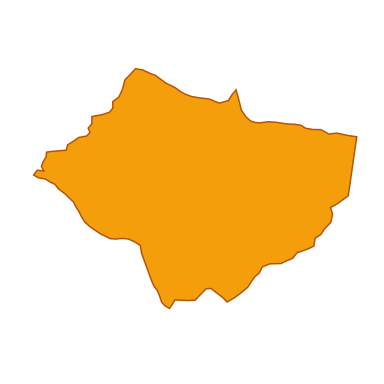 the district of Nossa Senhora das Graças, Paraná, Brazil, rotated 95°
{"feature_id": "56859067B74231100015306", "entity_name": "Nossa Senhora das Graças", "entity_type": "district", "adm_level": 2, "iso_a3": "BRA", "parent_name": "Brazil", "parent_adm1": "Paraná", "projection": "natural_earth1", "projection_center": [-51.797, -22.919], "detail": "fine", "context": "isolated", "style": "filled", "palette": "amber", "viewbox_px": 384, "rotation_deg": 95, "n_neighbors": 0, "source": "geoboundaries", "source_scale": "gbopen_adm2", "svg_char_len": 1567}
<svg xmlns="http://www.w3.org/2000/svg" viewBox="0 0 384 384"><g transform="rotate(95 192 192)"><path d="M182.1,36.0L122.6,32.7L122.2,40.4L120.7,53.1L122.4,60.6L118.6,69.0L119.2,76.8L118.6,84.4L116.1,89.1L115.6,95.5L115.9,103.0L115.2,115.1L115.4,122.4L117.0,129.5L117.3,134.7L116.1,139.9L112.8,144.4L106.1,150.0L97.8,152.8L86.4,157.0L91.5,160.6L97.7,163.7L101.1,172.5L97.8,183.2L97.6,192.4L96.9,200.8L95.5,206.1L93.4,211.4L89.4,218.1L85.6,227.9L78.9,238.8L77.5,244.1L74.7,251.8L74.1,259.1L79.8,263.4L86.2,268.6L96.0,270.3L103.9,273.2L108.9,278.9L115.2,278.1L119.8,281.2L122.9,288.7L125.5,298.3L132.7,297.7L137.4,301.0L141.6,298.8L145.4,301.9L147.6,309.7L152.1,315.0L155.7,320.0L161.3,320.9L163.8,335.4L165.0,340.4L169.7,340.4L174.8,342.9L179.7,344.3L184.0,341.5L183.7,348.0L188.8,351.3L191.2,346.5L191.9,339.0L194.5,334.2L196.3,329.2L200.5,325.3L205.1,318.1L212.6,308.9L216.5,306.7L221.2,303.0L226.3,299.9L231.2,296.3L235.4,290.7L238.3,285.7L242.0,278.9L245.6,269.3L245.5,263.6L244.4,258.0L244.3,251.6L246.5,245.2L249.8,238.8L257.7,236.8L272.6,229.8L284.6,224.2L289.5,221.4L293.0,218.1L297.0,215.9L304.5,212.6L307.6,209.2L309.9,204.2L305.2,201.6L301.0,199.7L300.5,187.3L299.6,179.6L287.2,169.6L286.5,164.5L289.8,159.5L294.6,152.0L298.6,147.5L293.4,140.2L288.1,134.3L282.0,128.2L275.8,124.9L271.0,122.0L266.5,117.8L260.5,115.4L256.8,108.3L255.5,97.1L251.9,91.0L249.0,85.7L243.4,82.1L240.4,75.4L238.0,70.4L235.2,65.9L227.4,65.3L223.2,60.0L216.9,56.6L210.2,51.1L201.8,50.0L195.4,52.7L190.8,45.9L182.1,36.0Z" fill="#f59e0b" stroke="#b45309" stroke-width="1.5"/></g></svg>